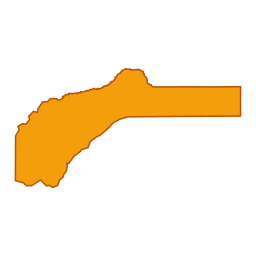 outline of Nevada, California, United States of America
{"feature_id": "52423323B72053512524977", "entity_name": "Nevada", "entity_type": "district", "adm_level": 2, "iso_a3": "USA", "parent_name": "United States of America", "parent_adm1": "California", "projection": "orthographic", "projection_center": [-120.746, 39.266], "detail": "fine", "context": "isolated", "style": "filled", "palette": "amber", "viewbox_px": 256, "rotation_deg": 0, "n_neighbors": 0, "source": "geoboundaries", "source_scale": "gbopen_adm2", "svg_char_len": 3418}
<svg xmlns="http://www.w3.org/2000/svg" viewBox="0 0 256 256"><path d="M61.2,99.4L57.8,100.1L56.6,98.6L50.3,98.6L47.3,101.7L42.6,101.9L37.8,109.1L37.4,112.4L33.5,111.4L28.6,116.4L29.7,119.6L26.0,124.1L22.6,123.7L18.0,126.3L19.2,130.0L15.6,135.9L15.4,180.6L23.6,182.9L26.3,185.7L31.8,185.6L40.5,179.9L46.4,185.9L48.9,185.4L52.9,187.4L57.5,185.5L59.7,179.9L63.4,176.8L63.6,174.7L66.4,171.1L67.3,165.4L66.8,163.3L68.6,163.5L74.2,156.0L80.6,151.3L81.0,149.9L88.1,147.5L90.1,141.7L97.4,136.3L99.6,135.5L108.0,128.5L113.0,123.0L119.4,119.4L127.5,116.9L143.6,116.7L184.6,116.4L235.0,116.1L239.6,116.1L240.5,116.0L240.6,112.8L240.5,102.7L240.6,86.7L239.5,86.7L235.0,86.7L228.8,86.8L224.3,86.8L219.8,86.8L213.5,86.9L206.0,86.9L197.0,86.8L186.2,86.8L173.8,86.9L168.3,86.9L162.4,86.9L156.6,86.9L153.9,86.9L152.1,86.6L152.0,86.3L151.8,85.6L151.6,85.2L151.3,84.9L150.8,85.0L150.4,84.9L150.0,84.7L149.8,84.4L149.7,84.4L149.5,84.5L149.3,84.3L149.3,84.2L149.1,84.0L148.9,84.1L148.6,83.8L148.1,83.7L147.8,83.4L147.6,83.3L147.2,82.9L147.1,82.6L147.0,82.0L147.0,81.2L147.1,80.3L147.0,79.7L147.1,78.9L146.7,78.2L146.1,77.4L145.3,76.5L144.4,75.7L144.2,74.8L144.1,73.8L143.2,73.0L143.3,72.0L143.1,71.5L142.7,71.2L142.2,71.0L141.2,71.1L140.7,70.4L140.3,70.1L139.8,69.8L139.8,69.7L139.7,69.5L139.2,69.5L138.8,69.5L138.5,69.6L138.2,69.7L137.6,69.3L137.2,69.5L136.8,69.7L136.4,69.7L136.2,69.9L135.9,69.9L135.5,69.7L134.9,69.8L134.0,69.8L133.2,70.0L132.4,69.8L131.5,69.9L131.3,70.1L130.9,70.1L130.7,69.9L130.5,69.3L130.3,69.1L129.9,69.2L129.7,69.3L129.1,69.1L128.4,69.4L128.0,69.4L127.6,69.3L127.0,69.3L126.4,69.3L126.1,69.0L126.1,68.8L125.8,68.6L125.7,68.7L125.3,68.9L125.2,69.2L124.4,69.4L124.0,69.6L123.5,69.9L123.0,70.0L122.5,70.2L122.2,70.5L121.8,70.8L121.7,71.5L121.0,71.8L120.9,72.2L120.6,72.3L120.4,72.9L120.0,73.3L119.6,73.5L119.3,73.5L118.9,73.9L118.5,74.0L118.0,74.1L117.5,74.6L117.3,75.2L116.9,75.6L116.8,76.2L116.4,76.5L116.0,76.9L115.7,77.2L115.3,77.2L115.1,77.2L115.0,77.4L115.1,77.6L115.3,78.0L115.4,78.5L115.3,79.0L114.8,79.4L114.3,79.8L113.8,80.3L113.4,80.9L112.8,81.3L112.5,81.4L112.0,81.6L111.5,81.5L111.2,81.8L110.8,82.1L110.4,82.2L110.3,82.5L110.5,82.7L110.6,83.2L110.2,83.7L109.8,84.0L109.5,84.0L109.3,84.0L109.2,84.2L108.9,84.4L108.5,84.4L108.3,84.9L108.2,85.2L108.0,85.6L107.6,85.6L107.1,85.3L106.5,85.5L106.2,85.9L105.4,86.1L105.0,86.3L104.8,86.3L104.8,86.1L104.3,86.1L104.1,86.5L103.5,86.9L103.2,86.6L102.7,86.9L102.6,87.5L101.8,88.0L101.4,87.9L101.0,88.0L100.6,88.5L100.0,88.9L99.4,88.7L98.9,89.0L98.3,89.2L98.2,88.9L97.9,88.3L97.3,88.4L97.2,88.6L97.2,88.9L97.1,89.2L96.8,89.2L96.2,89.1L96.0,89.4L95.5,89.4L95.2,89.2L94.8,89.1L94.6,88.8L94.5,88.5L94.2,88.4L93.7,88.4L92.8,89.1L92.6,89.5L92.4,89.4L92.0,89.4L91.3,89.4L91.0,89.3L90.7,89.5L89.9,89.7L89.3,90.2L89.1,90.6L88.6,90.6L88.4,90.5L88.1,90.5L87.7,90.7L87.4,90.5L87.0,90.6L86.9,90.8L86.7,90.6L86.4,90.5L86.5,90.6L86.2,91.0L85.7,90.9L85.4,91.0L84.8,91.3L84.3,91.7L83.4,92.0L82.4,91.9L81.7,91.9L81.2,91.6L80.6,91.7L80.4,92.1L80.3,92.5L80.0,92.9L79.7,92.9L79.0,92.5L78.3,92.8L77.9,92.9L77.5,92.8L77.5,93.2L77.1,93.6L76.5,93.5L75.7,93.4L75.0,93.0L74.3,93.3L73.7,93.3L73.1,93.6L72.6,93.9L71.8,93.7L70.6,93.4L69.9,93.3L69.2,93.4L68.7,93.5L68.6,93.9L68.7,94.2L68.8,94.5L68.5,94.5L68.0,94.6L67.2,94.7L66.7,94.4L66.0,94.5L65.4,94.9L63.8,96.4L63.0,96.2L62.5,96.9L63.1,97.2L63.3,98.0L62.6,98.2L61.5,99.1L61.2,99.4Z" fill="#f59e0b" stroke="#b45309" stroke-width="1.5"/></svg>